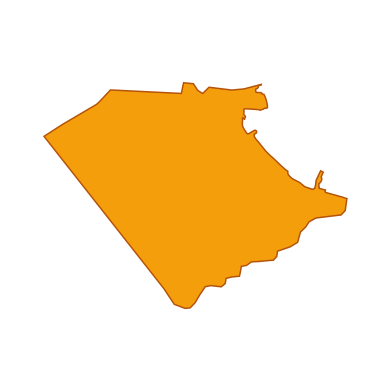 outline of Municipality C, Montevideo, Uruguay, rotated 188°
{"feature_id": "84410073B88392224216277", "entity_name": "Municipality C", "entity_type": "district", "adm_level": 2, "iso_a3": "URY", "parent_name": "Uruguay", "parent_adm1": "Montevideo", "projection": "robinson", "projection_center": [-56.204, -34.87], "detail": "fine", "context": "isolated", "style": "filled", "palette": "amber", "viewbox_px": 384, "rotation_deg": 188, "n_neighbors": 0, "source": "geoboundaries", "source_scale": "gbopen_adm2", "svg_char_len": 1900}
<svg xmlns="http://www.w3.org/2000/svg" viewBox="0 0 384 384"><g transform="rotate(188 192 192)"><path d="M37.7,207.1L38.7,207.2L39.6,207.2L39.8,207.3L40.3,207.4L41.2,207.7L59.3,210.1L60.3,210.8L60.1,212.5L66.5,213.3L66.8,214.7L67.1,214.8L67.4,217.8L65.8,220.0L65.2,222.4L65.4,223.5L66.2,224.9L64.8,229.9L67.6,230.9L70.7,220.9L70.6,215.7L71.1,212.7L73.0,211.4L81.0,212.9L86.8,216.4L94.9,219.3L98.8,222.2L99.9,224.3L99.9,225.7L100.9,226.4L102.2,226.9L107.4,230.4L116.1,236.7L119.8,239.1L124.5,242.6L129.3,247.1L133.3,250.9L135.8,253.0L138.0,255.5L138.5,257.6L137.2,258.7L136.5,259.5L136.3,260.5L136.8,261.4L137.5,261.9L138.4,261.9L139.4,261.3L143.7,257.8L144.9,257.4L145.5,257.5L146.1,257.9L148.4,260.6L150.5,263.2L151.2,264.7L151.6,266.1L152.2,272.5L151.5,272.3L151.1,272.1L150.7,272.1L150.4,271.4L150.2,271.4L150.4,272.2L149.9,272.5L149.7,273.0L149.5,273.7L149.6,274.2L150.0,274.6L150.9,275.5L151.6,276.1L151.7,279.2L152.1,280.2L152.1,281.2L151.5,281.6L149.8,281.9L146.8,282.2L141.2,282.6L137.3,282.8L135.5,282.5L134.7,283.3L133.2,283.8L132.0,284.9L130.0,285.3L129.0,286.0L129.4,288.3L130.8,292.3L132.2,295.3L134.2,298.6L135.6,298.7L136.6,299.1L136.6,299.6L137.5,300.0L141.1,299.7L142.1,299.5L142.7,300.2L143.1,301.4L143.3,302.6L142.8,303.1L141.8,303.5L141.4,304.1L140.9,305.0L141.1,306.5L138.4,307.6L138.4,308.2L154.9,301.3L166.7,298.5L189.7,298.1L195.2,291.0L200.4,293.4L205.7,299.4L215.5,299.0L216.3,288.1L287.0,281.7L295.8,269.1L298.7,265.5L329.3,241.2L346.3,226.5L206.5,92.5L193.9,78.3L182.7,75.8L177.7,77.0L173.5,82.8L170.2,90.8L165.7,100.1L160.4,101.9L149.8,102.2L146.4,105.9L146.2,111.2L141.1,113.3L133.3,115.2L132.9,120.7L132.8,125.2L127.8,126.9L123.4,131.1L116.1,132.5L108.1,134.4L101.8,135.9L99.1,140.0L99.1,145.3L87.1,151.4L80.4,156.9L79.0,167.5L74.6,173.1L71.9,178.8L65.7,183.5L51.1,187.4L41.2,190.0L37.7,194.9L37.7,207.1Z" fill="#f59e0b" stroke="#b45309" stroke-width="1.5"/></g></svg>